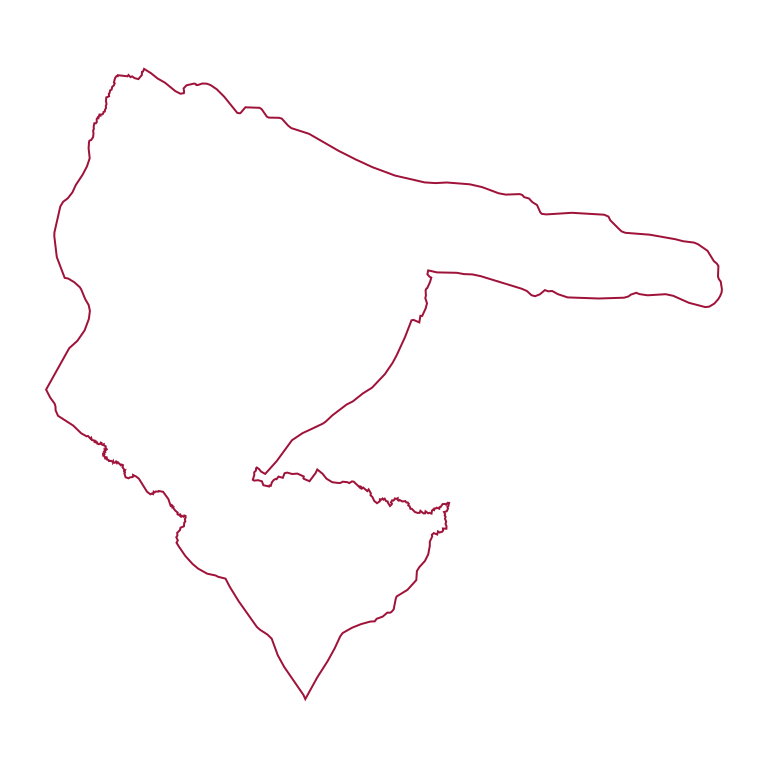 Khemarat, Ubon Ratchathani, Thailand
{"feature_id": "78962969B49998456253138", "entity_name": "Khemarat", "entity_type": "district", "adm_level": 2, "iso_a3": "THA", "parent_name": "Thailand", "parent_adm1": "Ubon Ratchathani", "projection": "equal_earth", "projection_center": [105.125, 15.95], "detail": "fine", "context": "isolated", "style": "outline", "palette": "rose", "viewbox_px": 768, "rotation_deg": 0, "n_neighbors": 0, "source": "geoboundaries", "source_scale": "gbopen_adm2", "svg_char_len": 6011}
<svg xmlns="http://www.w3.org/2000/svg" viewBox="0 0 768 768"><path d="M64.7,277.9L68.1,278.5L74.4,282.3L79.8,287.2L81.2,289.4L85.3,299.3L88.7,305.1L89.9,310.9L88.9,318.8L84.6,330.4L77.4,340.8L69.2,348.2L46.1,389.6L50.2,397.6L54.6,403.6L55.5,406.6L55.6,410.3L58.0,415.8L73.1,425.5L81.1,433.2L86.5,436.3L88.0,436.0L90.5,438.7L91.2,437.8L91.9,440.0L94.2,440.5L94.5,442.0L95.2,442.3L95.8,441.4L96.2,442.2L97.2,442.4L97.2,443.6L98.8,444.2L100.1,443.9L100.7,442.6L101.5,442.9L101.4,444.0L102.3,444.8L103.8,444.2L103.8,445.3L105.7,446.3L105.5,447.8L106.8,449.3L105.7,450.3L104.6,449.6L104.7,450.9L104.1,451.6L105.0,452.2L104.2,452.8L104.4,453.9L103.1,453.7L103.2,455.6L104.0,455.6L105.3,458.6L106.0,458.4L105.4,457.1L106.7,457.3L107.1,459.6L108.5,459.9L108.9,461.0L111.2,460.9L112.5,461.8L113.0,461.2L113.1,462.7L113.5,462.2L114.8,462.8L116.0,461.5L117.0,463.2L117.8,462.2L120.8,465.2L121.4,464.5L123.0,465.2L122.5,467.3L124.1,469.4L124.1,470.9L125.0,470.5L124.6,471.6L125.0,472.7L124.4,473.4L125.6,477.3L128.5,478.3L130.0,477.4L132.7,477.0L133.2,476.4L133.1,475.0L136.4,476.7L138.9,478.7L147.0,491.7L150.4,494.3L151.9,493.5L153.0,494.1L153.6,491.8L154.4,492.5L155.8,491.5L158.5,491.6L158.8,491.0L163.1,491.8L168.4,499.1L170.7,506.0L171.7,506.1L172.0,505.3L172.6,505.9L172.4,507.4L173.4,507.3L173.2,508.0L175.2,510.5L177.7,512.7L177.4,514.0L178.3,514.8L180.0,514.4L180.2,516.1L181.0,516.7L181.6,515.7L183.5,516.7L184.2,515.5L185.5,515.9L185.6,517.8L184.9,519.0L185.3,521.6L184.3,522.5L183.9,526.3L180.5,527.7L179.9,530.2L177.2,532.8L177.4,535.6L176.3,537.2L177.8,540.4L176.5,542.7L178.9,546.6L185.2,555.8L192.4,563.8L198.1,568.6L207.2,573.7L215.7,575.5L218.1,576.8L225.5,578.6L229.7,586.7L238.7,601.3L256.9,627.0L260.2,629.9L267.4,634.5L271.7,638.7L277.8,655.3L284.1,666.8L303.5,695.0L305.3,699.1L317.3,677.3L327.6,661.2L334.7,648.3L340.3,636.2L342.7,633.0L352.1,627.7L361.1,624.1L370.1,621.6L374.8,621.3L376.6,618.8L382.7,616.6L387.2,612.7L390.1,612.7L391.5,611.9L393.7,609.3L395.8,598.5L396.7,596.4L407.5,589.8L416.3,580.1L416.9,571.1L419.2,567.3L424.9,561.0L428.2,554.4L429.8,545.9L429.8,541.7L432.2,536.5L431.9,534.7L433.8,533.1L437.2,534.5L438.0,531.4L439.6,532.5L442.2,531.7L443.1,530.5L442.9,528.5L446.4,528.7L446.5,526.2L445.5,523.9L446.2,521.7L445.0,518.7L445.6,516.7L444.7,515.5L445.1,514.1L444.0,512.0L446.7,511.3L448.0,508.6L447.4,506.8L448.3,506.2L449.1,502.9L447.6,502.8L446.1,504.7L445.0,503.9L442.6,504.1L440.7,506.9L439.6,507.1L439.3,508.7L436.6,507.7L435.7,508.5L434.2,508.5L434.0,510.1L432.9,509.7L432.0,510.6L431.5,513.6L429.4,512.8L428.2,513.3L425.5,511.3L425.1,513.3L423.5,513.4L420.4,510.8L419.6,512.9L417.5,512.9L414.9,512.0L411.8,508.8L410.4,508.8L409.8,506.5L408.2,505.3L408.8,503.8L407.7,502.5L406.4,502.5L405.3,501.1L402.5,501.5L399.6,500.0L398.8,500.7L397.7,499.9L397.7,498.2L396.6,498.8L394.8,498.5L394.4,499.7L393.2,500.7L392.2,500.3L390.9,502.4L391.9,503.5L391.7,504.4L390.0,506.0L387.9,502.7L387.7,501.5L386.1,501.1L384.7,498.7L383.6,499.6L382.5,498.5L381.5,499.7L379.9,499.3L379.8,501.3L377.0,503.2L374.2,500.9L372.4,497.0L370.5,495.2L370.9,493.4L368.6,489.4L367.3,491.1L363.1,487.5L361.8,488.7L360.7,487.5L360.9,486.7L360.2,486.4L359.9,487.6L353.8,481.7L352.0,481.4L349.2,483.1L347.4,482.2L342.7,481.7L340.6,482.9L338.6,483.0L332.2,482.2L326.5,478.7L322.6,473.8L317.3,469.5L315.5,473.2L309.5,481.2L303.8,478.8L303.4,478.3L303.8,476.5L297.4,473.6L292.1,474.0L287.2,472.6L284.6,473.2L282.8,477.8L278.5,476.6L276.6,479.2L275.8,478.9L273.8,479.9L271.9,482.3L270.8,485.8L269.5,485.5L269.1,486.5L263.4,485.2L261.9,481.3L258.1,480.2L254.2,480.6L252.8,479.8L254.3,475.0L254.2,472.3L255.9,470.6L256.1,468.2L256.8,467.5L259.3,469.3L260.9,471.5L265.2,473.9L276.7,461.1L292.0,440.2L302.6,433.1L322.7,423.7L325.6,421.7L332.3,415.4L346.5,404.6L352.8,401.4L362.9,393.4L372.0,387.7L384.9,374.1L392.5,363.0L396.6,355.4L405.1,336.9L411.5,320.3L413.5,319.9L419.3,322.4L420.4,315.8L422.2,315.9L425.7,308.3L427.0,303.3L425.3,298.1L425.9,295.6L425.6,290.2L426.5,288.4L427.2,288.2L430.1,281.8L431.3,277.6L429.4,276.6L427.4,274.2L428.2,270.4L437.0,272.4L456.9,272.8L463.9,274.1L472.3,274.4L480.5,276.1L521.9,288.8L526.9,291.0L531.5,295.2L535.1,296.2L539.9,294.3L544.9,290.1L548.1,291.3L552.2,291.0L558.0,294.2L567.6,297.4L598.7,298.5L624.1,297.7L628.3,296.5L631.1,294.5L636.3,292.8L639.4,294.1L647.6,295.3L665.7,294.2L673.2,295.8L688.9,302.8L705.3,307.1L709.3,306.6L714.3,303.6L718.3,299.1L720.2,295.9L721.6,292.5L721.9,289.1L720.7,281.5L718.9,279.2L718.0,276.6L718.4,266.0L716.7,263.4L713.9,261.2L707.5,250.8L698.0,244.2L694.1,242.6L683.0,241.2L675.7,239.3L649.8,234.7L625.3,232.8L621.6,231.4L619.0,229.0L610.3,220.3L608.5,216.6L604.1,214.7L571.8,212.8L546.3,214.4L541.9,213.9L540.4,212.5L537.0,205.0L532.3,202.1L529.0,198.5L524.1,197.1L522.3,195.0L519.8,194.1L505.7,194.6L498.7,193.3L482.1,187.1L469.8,184.3L446.8,182.5L435.4,183.1L424.6,182.4L395.1,175.6L372.5,167.2L356.0,159.6L338.7,150.9L309.0,133.8L291.3,128.1L288.0,125.5L281.8,118.6L279.1,117.8L268.7,117.6L266.8,116.6L261.7,109.2L259.6,107.8L245.4,107.3L240.8,112.7L239.9,113.3L237.3,112.9L224.2,96.7L216.8,89.3L210.6,85.1L206.9,83.7L202.3,83.5L198.3,84.9L196.4,85.1L195.6,83.9L193.9,83.6L186.5,85.3L183.6,88.4L184.1,91.8L183.8,93.2L180.4,93.7L175.3,91.1L165.0,82.7L157.6,78.5L151.0,73.2L144.1,68.9L143.0,71.6L142.0,71.9L141.8,75.1L138.4,79.1L134.8,78.2L132.1,76.4L130.5,77.1L128.5,75.0L127.5,76.3L117.9,75.2L117.7,76.2L116.5,76.1L115.0,78.2L113.9,82.5L114.7,83.3L113.8,85.5L112.2,86.8L111.6,89.6L110.1,90.4L109.6,93.0L108.8,93.8L109.1,96.3L106.3,97.4L106.0,101.2L106.5,104.1L105.8,106.0L106.0,108.0L105.0,109.8L104.8,111.5L103.6,111.9L103.1,113.7L102.0,114.5L99.8,114.5L100.2,115.7L99.1,115.6L98.5,117.9L97.9,117.3L96.7,119.1L96.7,122.3L95.8,123.3L94.4,123.2L93.7,126.2L93.8,129.1L93.1,130.7L93.5,133.2L93.1,137.1L91.3,139.9L89.4,140.7L89.0,142.3L88.6,148.3L89.7,158.2L87.0,166.3L82.8,174.4L75.8,185.0L72.4,192.4L67.8,198.3L63.2,201.7L60.3,206.5L54.4,232.5L54.3,236.2L56.8,257.1L64.7,277.9Z" fill="none" stroke="#9f1239" stroke-width="2"/></svg>